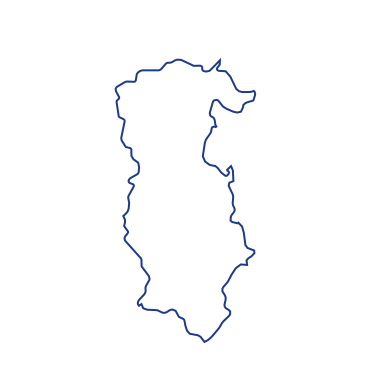 map outline of Moravskoslezský (orthographic projection), rotated 54°
{"feature_id": "CZE-1612", "entity_name": "Moravskoslezský", "entity_type": "Region", "adm_level": 1, "iso_a3": "CZE", "parent_name": "Czechia", "parent_adm1": "", "projection": "orthographic", "projection_center": [17.887, 49.846], "detail": "fine", "context": "isolated", "style": "outline", "palette": "blue", "viewbox_px": 384, "rotation_deg": 54, "n_neighbors": 0, "source": "natural_earth", "source_scale": "10m", "svg_char_len": 3245}
<svg xmlns="http://www.w3.org/2000/svg" viewBox="0 0 384 384"><g transform="rotate(54 192 192)"><path d="M147.3,82.3L149.9,83.3L150.7,84.1L153.5,87.8L153.8,88.3L153.9,88.9L153.8,89.7L153.4,90.4L151.8,94.8L151.5,96.9L151.8,99.3L153.4,100.8L155.8,105.2L154.3,108.7L151.3,111.4L144.9,115.2L140.9,116.7L133.6,117.0L132.0,117.8L130.9,120.2L131.2,121.9L138.5,131.2L140.8,132.3L142.3,132.0L143.6,131.2L145.2,130.9L147.2,131.4L151.2,133.5L153.4,133.9L153.4,134.1L153.4,134.4L153.4,134.5L152.0,135.9L151.5,137.2L151.9,138.5L153.3,139.9L155.0,141.9L156.0,144.5L156.9,147.4L158.0,150.2L159.7,152.6L169.5,162.3L175.0,163.5L180.4,161.8L184.9,157.8L187.6,157.1L193.6,156.9L198.5,155.5L199.3,154.4L199.0,152.1L198.0,150.5L196.7,150.4L195.5,150.8L194.7,150.5L194.0,145.2L196.5,145.8L198.7,146.3L207.5,152.1L206.5,156.4L208.5,158.7L218.1,160.5L220.4,161.7L225.1,165.8L226.9,166.6L230.5,167.3L232.3,168.7L232.9,169.9L234.0,173.6L234.8,175.1L237.8,177.6L240.0,177.1L244.2,173.4L244.0,173.0L243.8,172.8L243.6,172.6L243.2,172.6L249.3,171.8L255.1,173.9L266.4,180.0L269.9,180.0L275.8,176.1L278.1,177.4L279.0,181.7L278.7,185.3L279.4,188.1L283.4,190.3L279.3,195.1L279.4,201.4L282.1,208.5L285.7,215.8L287.3,222.6L288.3,224.4L290.3,225.8L295.0,226.1L297.2,226.8L299.2,228.4L302.2,231.9L304.1,233.0L306.3,232.8L308.7,231.7L311.0,231.3L313.3,233.0L314.0,234.8L315.1,242.8L315.8,245.1L317.6,249.1L318.3,251.3L320.7,261.2L321.2,266.0L320.6,270.0L314.3,270.2L311.5,271.3L305.3,277.2L301.1,277.5L296.7,276.1L291.6,273.7L290.6,273.5L289.5,273.7L285.2,276.0L278.5,275.1L275.4,277.1L274.6,279.1L274.3,283.4L273.5,285.5L272.3,286.8L267.3,289.5L260.8,297.5L257.4,299.8L253.0,298.8L252.9,301.7L251.2,301.7L250.3,301.3L249.5,300.7L248.8,299.7L248.2,298.3L246.9,291.6L246.5,290.1L245.8,288.8L244.9,287.7L242.2,286.0L241.2,284.9L238.0,278.1L237.2,277.3L234.6,276.3L223.0,276.5L222.0,276.1L217.4,272.9L216.0,272.3L192.3,274.7L191.0,274.4L189.9,273.9L189.1,273.0L188.5,271.9L187.8,269.0L187.4,268.0L186.9,267.3L186.3,267.0L179.6,266.9L177.3,264.2L175.4,262.7L171.0,261.6L170.7,258.6L170.1,256.0L169.5,254.8L167.9,252.7L163.8,249.2L159.0,246.9L158.0,245.9L153.4,236.1L152.6,235.2L151.7,235.0L150.8,235.3L148.1,237.1L147.1,237.3L146.0,237.0L145.2,236.1L144.7,234.8L144.6,233.3L145.5,225.5L145.2,224.5L144.6,223.5L141.1,220.4L136.7,218.3L131.2,220.1L127.3,219.8L121.8,216.0L120.9,216.0L120.1,216.3L116.6,219.1L108.9,218.6L106.7,217.5L95.1,204.8L94.1,204.4L93.0,204.5L88.7,206.8L87.7,206.8L74.8,200.1L74.2,199.5L73.9,198.7L73.5,196.3L73.1,195.7L72.5,195.2L66.0,194.3L64.0,193.4L63.3,192.7L63.0,191.8L62.8,190.7L63.6,182.2L63.9,180.9L64.4,179.7L68.8,174.1L69.1,173.3L69.0,172.6L68.7,171.9L64.5,167.7L63.9,166.6L63.6,165.3L63.5,164.0L63.7,162.7L64.1,161.4L64.7,160.2L73.8,147.7L74.3,146.7L74.5,145.6L74.4,144.5L72.8,137.6L72.9,136.5L73.2,135.7L74.8,133.2L75.2,132.0L75.5,128.4L76.0,126.8L76.8,125.4L78.8,123.1L91.0,116.4L94.5,111.3L95.3,110.6L96.1,110.3L97.0,110.4L99.1,111.8L100.2,111.8L101.2,111.3L102.2,110.5L103.0,109.4L103.6,108.2L104.1,107.0L104.2,105.9L101.9,92.0L105.2,94.7L106.6,99.1L107.3,99.6L108.1,99.8L108.9,99.6L109.7,99.1L114.1,93.8L121.3,93.2L134.6,95.6L138.1,94.7L140.7,92.6L145.1,86.4L146.0,84.5L146.4,82.9L147.3,82.3Z" fill="none" stroke="#1e3a8a" stroke-width="2"/></g></svg>